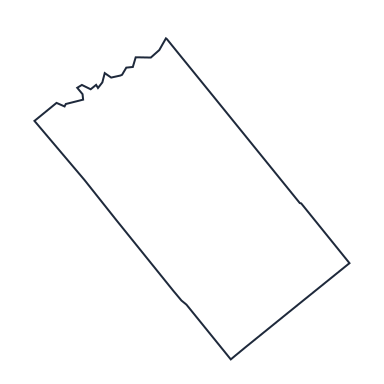 the district of Grady, Oklahoma, United States of America, rotated 321°
{"feature_id": "52423323B95239416662840", "entity_name": "Grady", "entity_type": "district", "adm_level": 2, "iso_a3": "USA", "parent_name": "United States of America", "parent_adm1": "Oklahoma", "projection": "mercator", "projection_center": [-97.892, 35.03], "detail": "fine", "context": "isolated", "style": "outline", "palette": "slate", "viewbox_px": 384, "rotation_deg": 321, "n_neighbors": 0, "source": "geoboundaries", "source_scale": "gbopen_adm2", "svg_char_len": 633}
<svg xmlns="http://www.w3.org/2000/svg" viewBox="0 0 384 384"><g transform="rotate(321 192 192)"><path d="M116.8,346.5L123.0,346.4L135.7,346.3L189.9,346.3L269.6,346.4L269.7,269.6L268.8,268.4L268.8,237.4L268.8,134.3L268.7,76.2L268.7,57.5L268.4,56.2L255.9,61.1L244.6,61.6L235.8,54.2L233.0,51.9L224.7,57.6L219.2,54.0L211.4,56.9L209.6,56.4L201.2,52.2L199.0,44.7L191.3,50.4L184.4,52.0L184.9,48.4L177.9,48.4L173.8,39.5L168.4,38.8L168.5,47.1L165.5,51.7L149.3,44.2L146.8,45.3L142.8,37.5L114.3,37.6L116.0,115.0L115.5,166.1L115.4,212.0L115.3,256.8L115.5,269.7L116.8,276.0L116.8,346.5Z" fill="none" stroke="#1e293b" stroke-width="2"/></g></svg>